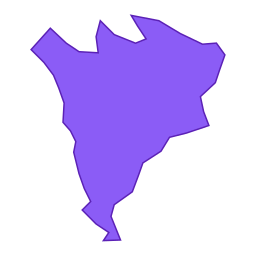 outline of Skylloura, Cyprus
{"feature_id": "46923920B82441247909764", "entity_name": "Skylloura", "entity_type": "district", "adm_level": 2, "iso_a3": "CYP", "parent_name": "Cyprus", "parent_adm1": "", "projection": "albers", "projection_center": [33.163, 35.228], "detail": "fine", "context": "isolated", "style": "filled", "palette": "violet", "viewbox_px": 256, "rotation_deg": 0, "n_neighbors": 0, "source": "geoboundaries", "source_scale": "gbopen_adm2", "svg_char_len": 665}
<svg xmlns="http://www.w3.org/2000/svg" viewBox="0 0 256 256"><path d="M103.4,240.6L120.5,240.0L111.0,216.4L114.2,204.7L132.3,191.8L138.7,174.7L142.9,162.9L161.0,151.2L169.5,137.3L186.6,133.0L208.9,125.5L203.6,111.6L200.4,96.6L215.3,82.7L219.6,69.9L224.9,54.9L216.4,43.1L202.5,44.2L180.2,33.5L158.9,20.7L131.2,15.4L137.6,26.1L146.1,38.9L135.5,43.2L114.2,34.6L103.2,23.6L100.3,20.7L96.1,36.7L98.2,52.8L79.0,51.7L66.3,43.2L50.3,28.2L31.1,49.6L43.9,62.4L53.5,75.2L58.8,88.1L64.1,103.0L63.0,122.3L70.5,130.9L75.8,141.6L73.7,152.2L79.0,173.6L84.3,188.6L90.7,201.5L82.2,210.0L96.0,223.9L108.8,232.5L103.4,240.6Z" fill="#8b5cf6" stroke="#5b21b6" stroke-width="1.5"/></svg>